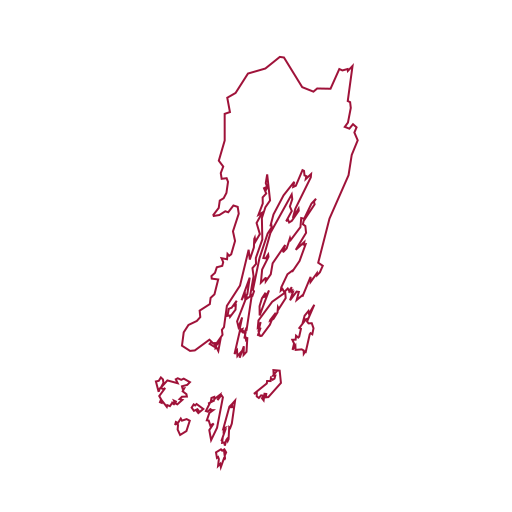 the district of Flora nor, Sogn og Fjordane, Norway, rotated 289°
{"feature_id": "86288312B31787825848012", "entity_name": "Flora nor", "entity_type": "district", "adm_level": 2, "iso_a3": "NOR", "parent_name": "Norway", "parent_adm1": "Sogn og Fjordane", "projection": "robinson", "projection_center": [5.064, 61.619], "detail": "fine", "context": "isolated", "style": "outline", "palette": "rose", "viewbox_px": 512, "rotation_deg": 289, "n_neighbors": 0, "source": "geoboundaries", "source_scale": "gbopen_adm2", "svg_char_len": 6083}
<svg xmlns="http://www.w3.org/2000/svg" viewBox="0 0 512 512"><g transform="rotate(289 256 256)"><path d="M160.3,212.5L147.1,215.2L144.8,224.5L146.8,228.9L161.7,239.2L160.4,242.0L157.8,240.8L156.7,245.9L158.1,246.7L155.6,247.7L156.7,248.4L153.9,251.3L164.0,249.8L158.6,247.5L159.6,243.5L160.9,247.2L170.6,250.0L175.1,247.8L178.3,248.9L199.4,244.7L222.8,250.5L259.5,247.0L250.6,251.3L263.4,251.2L271.6,248.8L272.8,248.9L269.1,250.7L278.0,252.5L287.4,245.8L299.1,247.8L295.7,244.9L307.8,245.3L313.6,243.2L318.4,245.3L322.7,241.5L323.8,242.6L322.2,244.0L324.5,244.4L328.1,241.5L336.8,240.0L313.1,251.2L305.2,249.0L293.8,249.2L273.7,256.6L254.0,256.5L248.5,258.6L243.4,256.6L236.0,260.3L216.6,263.4L218.0,264.7L217.6,265.6L222.0,265.6L223.0,264.1L255.0,260.0L280.9,259.7L288.4,261.5L290.4,260.4L288.7,259.9L301.0,259.0L322.3,262.3L338.6,268.0L333.4,268.7L335.4,270.8L352.3,272.0L352.1,273.7L348.0,275.6L347.9,277.6L345.0,278.0L351.4,281.4L348.2,282.2L313.5,277.8L304.0,278.5L314.6,280.8L312.7,281.7L300.9,278.4L298.5,276.4L300.6,274.6L298.7,273.2L310.2,275.2L313.9,271.9L321.5,271.8L325.8,269.7L282.5,262.1L256.5,263.6L256.9,265.9L261.4,267.0L259.3,268.1L245.2,266.2L232.4,269.3L238.2,272.1L238.2,273.5L236.4,273.1L235.2,273.5L243.5,275.9L254.5,274.1L275.9,280.0L268.3,280.3L273.1,282.5L284.1,282.3L282.4,283.6L297.8,288.6L306.6,286.4L306.9,289.4L323.6,291.4L329.7,294.1L326.3,293.1L323.9,294.6L304.6,289.6L301.3,290.0L300.4,292.9L294.2,295.8L274.8,291.6L284.9,297.1L282.4,297.5L283.3,299.1L265.5,298.8L252.7,295.3L254.1,295.2L249.0,291.7L234.6,290.1L231.4,290.7L233.5,291.8L231.1,294.4L235.6,296.6L233.6,298.9L234.7,298.9L238.2,300.0L233.8,299.5L235.3,301.4L233.5,301.4L234.3,302.7L225.2,302.6L235.6,306.0L236.0,308.2L227.6,308.8L233.9,312.6L232.7,313.1L254.0,314.4L249.3,316.1L259.6,319.2L257.7,320.0L261.4,321.7L268.5,322.3L269.9,317.0L315.3,313.3L362.5,317.2L382.7,313.6L398.5,314.5L404.8,308.8L410.4,309.2L412.2,304.8L406.8,302.8L407.0,297.9L412.1,299.5L426.9,297.4L432.1,294.9L432.4,292.3L467.1,285.4L460.9,282.6L462.6,281.7L459.6,277.3L459.9,273.9L438.4,272.0L434.3,259.3L430.1,256.8L430.7,244.7L452.8,217.8L452.0,213.7L436.3,203.8L425.9,189.0L403.5,183.6L396.3,177.3L383.6,184.5L380.2,180.1L355.0,188.8L334.0,189.8L329.9,195.9L322.9,195.7L317.8,198.4L320.0,202.9L317.0,205.4L306.0,207.5L300.1,206.6L296.6,203.7L289.3,205.1L281.0,202.3L280.1,203.0L282.8,208.0L288.3,212.4L288.3,215.5L296.4,218.2L296.5,222.7L290.4,225.9L271.8,226.2L263.4,231.3L249.5,232.0L247.5,230.6L248.7,228.4L243.5,229.7L242.7,224.1L239.5,227.0L235.7,227.3L232.6,222.6L226.7,222.7L222.5,220.4L220.2,221.5L221.5,227.9L206.2,229.2L201.6,226.7L195.5,228.0L186.0,220.5L180.1,223.2L175.3,221.2L168.8,214.6L160.3,212.5ZM104.8,202.2L95.8,208.2L97.7,207.7L97.7,208.2L99.4,208.1L100.1,208.6L100.0,211.8L101.6,213.1L92.1,210.1L89.6,212.9L86.5,212.8L86.4,214.8L88.3,214.7L84.3,220.8L86.1,220.7L86.0,223.5L89.6,224.5L88.9,227.5L90.4,225.3L91.0,227.2L92.5,225.7L92.3,227.7L90.4,227.7L90.1,229.9L96.0,233.2L95.8,230.3L98.8,231.8L100.6,236.4L102.7,235.2L104.2,230.7L107.5,231.2L106.7,229.8L108.7,228.4L111.7,232.9L115.2,234.6L116.5,227.6L114.6,225.6L114.9,221.8L113.3,220.3L110.2,223.4L109.5,212.7L100.4,208.9L105.9,209.8L109.0,208.2L110.2,205.6L106.3,204.7L104.8,202.2ZM195.9,279.3L188.6,281.1L189.2,281.6L190.9,281.8L191.6,281.7L191.8,281.8L192.7,281.8L194.1,281.9L194.1,282.0L185.1,282.8L189.8,283.7L181.1,283.6L183.3,284.4L181.7,286.0L182.4,287.4L195.5,291.5L201.4,291.8L199.7,290.3L200.1,290.3L208.7,293.2L201.9,292.7L202.3,293.0L209.7,294.7L214.8,293.4L213.5,294.8L225.9,297.8L231.0,295.5L218.0,286.2L195.9,279.3ZM188.6,317.6L185.6,320.5L179.2,321.1L184.1,322.4L180.1,324.0L182.6,329.6L182.2,331.8L179.1,333.0L182.2,333.8L180.3,334.4L199.4,332.3L200.8,332.7L200.3,334.7L206.4,333.9L210.6,330.6L209.4,327.6L210.7,325.6L228.9,327.0L218.7,324.9L221.0,323.5L215.4,321.4L210.8,321.7L213.0,322.8L211.2,322.6L212.3,323.8L202.1,320.4L201.8,322.2L193.8,323.1L192.6,322.5L193.7,319.8L189.8,320.7L188.6,317.6ZM93.1,259.1L93.1,261.0L97.1,263.1L95.5,263.0L96.3,265.7L92.4,263.0L84.6,263.0L85.0,264.9L80.8,268.0L83.8,270.5L76.2,268.5L67.3,273.5L80.9,275.1L111.6,270.7L113.2,268.5L107.2,266.6L112.9,267.0L107.1,263.2L109.2,262.4L107.3,260.1L104.2,260.6L106.1,263.9L100.9,258.8L101.6,260.2L93.1,259.1ZM139.0,307.7L125.0,298.9L126.9,301.3L123.5,302.4L122.7,304.9L125.9,306.2L126.5,309.1L123.5,307.9L122.0,310.2L128.5,308.9L128.9,310.6L125.6,311.4L126.6,313.6L144.1,320.9L155.3,315.7L153.8,309.6L150.9,310.8L152.3,312.5L148.3,311.0L149.2,313.2L146.1,313.4L144.4,312.0L145.5,309.8L142.5,310.5L141.4,307.2L139.0,307.7ZM188.1,259.4L183.1,262.6L193.4,262.9L182.7,264.2L181.3,265.5L182.6,267.0L180.6,267.1L181.1,267.7L180.6,269.8L180.1,270.1L185.3,270.4L181.7,271.1L182.8,271.2L217.5,264.8L212.9,261.4L214.6,260.4L188.1,259.4ZM104.9,279.9L82.4,281.3L83.4,282.6L81.6,281.9L82.2,283.6L80.8,282.2L79.4,282.6L80.9,283.6L69.7,283.5L71.0,284.2L68.3,284.8L69.3,286.6L66.6,288.3L72.3,287.8L73.6,288.2L71.9,289.5L73.9,289.7L85.4,286.4L84.9,287.6L89.6,287.7L112.5,283.3L108.3,281.6L105.3,282.7L104.7,281.1L106.9,280.9L104.9,279.9ZM181.1,265.0L156.3,267.6L160.6,268.8L155.3,271.0L159.9,272.9L154.4,273.7L166.7,273.9L158.4,276.5L162.3,278.2L176.3,274.3L173.7,273.7L176.1,272.3L174.2,271.8L180.1,271.1L179.4,268.6L181.1,265.0ZM73.0,234.3L69.8,234.5L71.8,234.8L70.8,237.3L66.4,238.4L62.1,242.5L67.8,247.2L78.7,247.0L79.2,243.5L76.2,239.6L77.8,237.8L72.7,236.6L73.0,234.3ZM57.3,282.1L52.4,284.8L53.6,285.6L51.9,287.0L45.1,288.5L47.9,289.8L44.9,291.5L55.4,291.6L52.9,292.4L54.6,292.6L62.0,288.9L59.4,291.6L60.6,291.7L62.9,289.0L60.9,287.4L61.8,285.8L57.3,282.1ZM209.7,275.7L201.0,278.8L227.7,279.5L221.2,278.6L219.7,276.7L223.4,277.1L223.5,276.8L218.0,275.4L209.7,275.7ZM197.2,247.5L190.1,248.5L191.2,250.6L190.0,251.3L198.6,254.1L204.3,252.5L202.0,252.2L201.9,251.6L207.4,252.3L199.2,249.8L197.2,247.5ZM91.7,244.5L89.4,247.7L92.1,250.5L91.2,251.9L90.3,250.2L88.7,252.6L94.2,256.0L96.7,248.0L94.9,247.1L95.4,245.4L91.7,244.5ZM233.5,257.1L209.5,256.7L217.1,257.6L213.3,259.2L217.1,260.2L233.5,257.1Z" fill="none" stroke="#9f1239" stroke-width="2"/></g></svg>